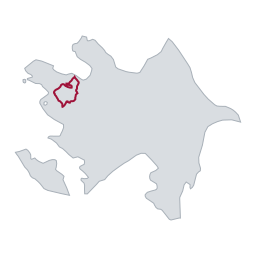 Shamkir District, Şəmkir, Azerbaijan (highlighted)
{"feature_id": "54616110B57585842497805", "entity_name": "Shamkir District", "entity_type": "district", "adm_level": 2, "iso_a3": "AZE", "parent_name": "Azerbaijan", "parent_adm1": "Şəmkir", "projection": "mercator", "projection_center": [46.075, 40.851], "detail": "fine", "context": "in_parent", "style": "outline", "palette": "rose", "viewbox_px": 256, "rotation_deg": 0, "n_neighbors": 0, "source": "geoboundaries", "source_scale": "gbopen_adm2", "svg_char_len": 4576}
<svg xmlns="http://www.w3.org/2000/svg" viewBox="0 0 256 256"><path d="M180.4,218.1L179.2,218.0L171.0,220.0L169.3,219.3L162.2,210.3L160.8,209.3L157.7,208.9L155.9,207.4L154.5,205.0L153.7,203.2L146.4,198.3L145.3,196.5L145.1,194.9L146.2,193.5L147.4,192.3L151.0,191.1L155.2,190.0L156.5,189.3L157.2,188.0L157.1,185.9L156.5,183.8L150.5,180.1L149.8,178.4L149.6,176.5L150.0,174.4L150.9,172.7L155.8,170.5L158.4,168.2L156.8,165.7L151.5,159.8L145.3,153.4L141.1,153.3L136.3,155.2L128.6,160.7L124.3,163.1L118.8,166.9L112.8,171.3L107.8,175.8L104.7,179.6L99.2,181.3L96.5,184.4L87.3,193.9L84.7,193.8L84.5,189.1L84.6,185.4L84.1,183.2L81.1,180.3L81.0,179.0L81.8,178.2L84.1,178.7L87.1,178.5L88.5,177.4L85.3,173.5L82.5,170.9L80.2,169.1L79.6,168.1L79.6,167.3L80.1,166.4L84.2,164.3L84.6,162.3L84.3,160.1L77.9,156.8L73.1,158.0L68.7,154.4L66.0,151.6L62.5,148.5L59.4,146.9L56.5,143.0L51.3,139.1L48.0,138.0L48.1,137.4L48.7,136.7L50.0,136.1L59.2,136.2L60.3,135.5L60.9,133.8L62.2,131.3L63.6,127.6L63.5,124.5L54.3,119.5L47.6,114.8L43.0,108.7L39.8,103.1L39.9,101.2L40.8,99.5L48.0,94.3L48.5,92.9L48.3,92.0L45.8,89.4L42.6,86.6L41.6,84.6L39.5,83.6L35.7,83.5L29.0,80.2L27.5,79.8L27.2,79.2L27.5,78.5L32.3,77.1L32.3,76.0L30.8,74.5L28.1,73.4L25.6,70.7L24.7,68.3L33.4,61.2L36.0,59.8L41.7,61.1L53.5,65.8L52.7,68.4L53.9,69.9L56.6,71.9L61.8,73.9L66.2,74.9L68.4,74.1L71.8,73.3L76.2,75.6L80.3,78.6L82.3,79.8L83.4,80.1L86.4,79.1L90.1,75.3L91.6,70.8L92.0,68.5L89.8,65.5L85.4,62.2L80.4,59.3L77.2,56.7L75.2,51.6L73.1,51.1L72.6,50.4L72.3,48.7L72.3,46.2L73.1,44.4L75.1,43.6L77.1,43.3L78.9,41.5L81.3,38.0L82.2,36.0L86.6,37.1L87.2,40.3L87.9,40.9L89.7,40.6L92.7,39.3L95.1,40.3L98.2,44.0L102.4,47.9L104.7,50.6L105.6,52.4L107.8,54.2L110.9,56.2L113.4,59.5L115.7,67.0L118.0,68.8L126.1,71.6L129.0,72.2L137.0,73.2L139.8,72.5L144.0,66.0L147.7,59.3L151.1,57.9L157.4,54.7L161.2,51.6L162.8,48.3L166.3,42.1L168.5,38.5L172.2,41.7L178.6,50.1L187.7,63.9L190.0,67.7L191.4,72.2L192.7,77.7L194.8,82.5L204.0,94.5L208.1,99.0L214.6,104.7L216.9,106.0L219.9,106.3L225.5,106.4L230.7,108.6L233.3,110.2L235.9,112.5L238.3,115.1L240.6,122.1L231.7,119.8L222.6,120.1L217.5,121.6L212.6,123.7L207.9,126.6L204.9,132.2L202.4,145.2L198.7,157.3L198.9,162.9L200.5,168.3L200.3,170.8L198.6,171.9L196.5,174.2L193.7,185.2L192.3,187.4L190.5,188.8L190.0,187.5L190.1,184.6L186.2,182.0L184.1,184.9L182.7,190.9L179.8,197.3L179.7,198.5L180.4,218.1ZM46.9,104.3L47.3,102.5L46.2,101.7L45.0,101.7L44.0,102.6L44.0,104.8L45.4,105.2L46.9,104.3ZM17.3,155.1L16.0,153.3L15.4,152.3L19.3,151.5L26.0,149.1L27.8,150.3L29.7,152.7L30.7,154.8L30.8,158.7L31.6,159.3L34.8,158.0L36.3,159.6L38.8,161.4L43.1,163.3L49.3,160.4L52.4,159.6L54.9,159.7L56.3,160.6L56.7,163.6L56.2,167.3L55.5,169.3L56.8,170.8L61.9,174.3L64.0,176.3L63.0,179.7L66.8,188.1L68.0,191.3L69.5,195.3L61.8,193.7L47.8,190.4L44.0,188.6L40.4,184.0L38.2,181.7L35.0,178.9L32.4,177.8L30.4,175.8L29.2,172.8L27.6,170.1L24.7,167.0L18.2,156.2L17.3,155.1ZM25.6,82.4L24.8,83.0L23.4,82.4L23.0,81.1L23.1,79.6L24.5,79.3L25.5,79.7L25.8,81.0L25.6,82.4Z" fill="#d9dde1" stroke="#a8b0b8" stroke-width="1"/><path d="M74.6,76.8L74.3,77.3L73.7,77.9L73.1,78.2L72.5,78.9L72.0,79.7L71.7,80.3L71.2,80.9L70.0,81.9L69.5,82.6L69.2,83.2L68.9,83.6L67.9,83.6L67.2,83.6L66.4,83.6L66.4,83.8L66.5,84.2L67.2,84.6L68.3,84.9L69.1,84.9L69.9,85.1L70.8,85.3L71.6,86.0L71.7,86.4L71.7,87.3L71.6,87.7L70.2,87.7L69.3,87.4L68.4,87.2L67.7,87.0L67.1,86.7L66.5,86.3L65.8,86.1L65.3,85.7L64.9,85.4L64.5,85.0L64.4,84.7L64.1,84.5L63.5,84.2L62.3,84.2L61.7,84.7L61.1,85.0L60.9,85.4L60.7,85.9L60.5,86.5L60.0,87.1L59.4,87.6L58.7,88.3L57.9,88.8L56.2,89.6L55.1,90.4L54.6,91.0L54.1,91.8L54.0,92.5L54.0,92.9L54.7,93.5L54.7,94.3L54.8,94.5L55.0,94.9L55.6,95.6L56.1,96.2L56.4,96.8L56.7,97.2L57.0,97.9L57.6,98.6L57.8,99.2L58.2,99.9L58.5,100.6L58.8,100.8L59.6,101.1L60.2,101.4L61.0,102.3L61.3,102.7L62.1,103.4L62.3,104.0L62.3,104.5L62.3,105.1L62.3,106.0L62.5,106.8L62.8,106.7L63.6,106.1L64.0,105.7L64.5,105.2L64.9,104.6L65.2,104.1L65.7,103.3L66.0,102.7L66.2,102.3L66.4,101.8L66.6,101.5L66.8,101.5L67.6,101.4L67.9,102.1L68.6,102.3L69.1,102.6L69.8,102.7L70.1,102.0L70.4,101.5L71.1,101.2L71.8,101.2L72.6,101.2L73.2,101.1L73.8,100.9L74.2,100.5L74.8,99.9L75.3,99.3L75.4,98.9L75.2,98.2L75.2,97.9L75.5,96.9L75.7,95.9L75.8,94.9L76.2,94.3L76.9,93.7L77.3,93.3L77.1,93.2L77.0,92.1L76.7,91.7L76.5,91.4L76.1,90.9L76.1,90.4L76.2,89.8L76.6,89.4L76.8,89.0L77.0,88.4L77.0,87.9L77.0,86.7L77.1,86.2L77.4,85.6L77.7,85.2L77.9,84.6L78.3,83.9L78.6,83.3L78.7,82.7L78.7,82.2L78.1,81.5L77.5,80.7L77.0,80.0L76.5,79.4L76.0,78.9L75.5,78.4L75.2,77.8L74.9,77.3L74.6,76.8Z" fill="none" stroke="#9f1239" stroke-width="2"/></svg>